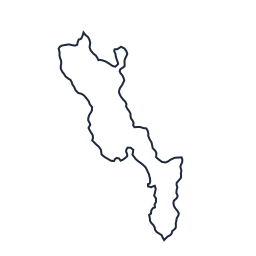 Engenheiro Caldas, Minas Gerais, Brazil, rotated 135°
{"feature_id": "56859067B22577605542088", "entity_name": "Engenheiro Caldas", "entity_type": "district", "adm_level": 2, "iso_a3": "BRA", "parent_name": "Brazil", "parent_adm1": "Minas Gerais", "projection": "equal_earth", "projection_center": [-42.021, -19.12], "detail": "fine", "context": "isolated", "style": "outline", "palette": "slate", "viewbox_px": 256, "rotation_deg": 135, "n_neighbors": 0, "source": "geoboundaries", "source_scale": "gbopen_adm2", "svg_char_len": 2944}
<svg xmlns="http://www.w3.org/2000/svg" viewBox="0 0 256 256"><g transform="rotate(135 128 128)"><path d="M110.9,69.3L112.6,70.9L114.2,72.3L116.2,74.0L118.3,74.8L120.6,75.6L123.2,76.0L125.9,77.2L127.9,79.9L128.5,83.5L128.8,87.4L127.2,88.9L125.6,90.2L124.8,92.8L124.8,96.3L123.1,98.8L121.6,101.1L120.8,104.4L119.3,108.0L117.2,110.1L116.0,112.2L115.4,114.8L117.4,117.4L118.5,119.8L120.1,121.6L122.9,124.0L122.4,126.4L120.5,127.6L119.5,130.1L119.1,132.7L117.6,134.9L116.1,136.4L115.3,139.1L114.8,142.1L114.1,144.6L112.2,146.0L111.3,148.5L111.3,152.0L110.8,155.1L110.1,157.6L109.0,159.8L107.3,161.0L105.4,161.9L103.3,162.3L101.4,162.7L99.3,163.4L97.0,164.3L95.6,166.8L94.8,169.2L94.6,171.9L93.7,174.1L92.0,174.9L90.3,174.7L88.5,174.3L86.7,174.1L84.8,176.0L82.9,178.1L81.1,179.0L79.4,179.6L76.1,180.9L74.7,183.7L74.3,186.6L75.4,190.3L77.1,190.7L79.8,191.3L81.9,193.1L83.5,191.9L84.5,189.2L86.0,187.3L87.4,184.7L88.6,182.1L89.6,180.3L91.6,180.2L93.7,180.4L95.1,183.0L95.9,187.4L96.9,191.2L98.1,193.6L99.5,195.8L100.9,196.9L100.1,199.3L99.5,201.9L99.9,205.1L99.5,209.3L98.2,212.1L96.4,213.6L94.5,214.9L92.8,217.8L92.0,220.5L92.3,223.9L91.9,227.0L94.0,225.8L96.3,224.8L98.4,224.3L100.3,225.4L102.8,224.3L105.1,222.8L107.2,223.7L108.7,225.8L110.6,228.8L112.7,230.4L114.7,231.8L116.4,233.0L118.3,233.6L120.8,233.3L122.9,229.9L125.0,227.9L126.5,225.7L127.7,222.9L129.5,220.9L131.5,219.5L133.5,217.6L134.7,214.4L135.0,211.6L135.7,208.6L135.3,205.4L134.7,202.6L135.3,200.4L136.4,198.4L137.1,195.0L138.3,192.0L138.5,188.1L136.7,185.0L136.1,182.0L136.3,178.8L136.9,174.6L138.2,171.9L138.6,168.4L140.7,166.2L142.9,165.3L145.5,164.8L147.2,164.1L148.9,163.2L150.7,161.6L151.4,159.2L152.3,157.0L155.8,156.0L156.8,153.2L157.5,150.4L158.0,148.0L159.7,145.8L162.1,144.5L162.1,138.8L161.9,135.2L162.5,131.9L164.0,129.8L165.4,128.0L165.1,124.2L164.2,120.8L163.2,116.9L161.3,114.5L159.4,115.2L157.3,114.9L155.9,112.9L156.3,110.1L154.1,109.2L151.3,108.8L148.4,108.6L147.0,110.3L146.1,112.6L144.4,113.9L142.2,114.4L140.1,112.2L139.7,108.8L141.8,107.2L143.7,106.0L144.1,103.4L144.5,100.4L144.3,97.2L143.8,94.7L143.4,91.3L143.4,87.8L144.2,85.1L145.0,83.1L145.9,80.5L147.1,78.6L148.2,76.6L150.1,74.5L152.0,73.4L153.6,74.2L155.1,72.6L153.5,69.7L151.6,69.1L149.9,68.2L151.5,65.3L153.8,63.8L155.4,62.8L157.3,61.7L158.1,58.3L160.6,55.9L163.3,55.1L165.1,52.8L167.2,53.8L170.0,53.1L172.3,51.2L174.6,51.6L176.3,48.8L178.1,46.7L178.7,44.0L178.7,41.4L179.5,38.8L180.7,37.1L181.3,34.4L180.6,31.2L180.0,28.5L180.9,26.1L181.7,23.2L179.4,23.3L176.4,23.2L174.1,22.4L171.8,22.5L169.6,23.8L166.5,23.5L164.6,23.8L163.2,25.1L161.8,26.7L159.7,28.0L157.3,29.8L154.6,30.4L152.4,31.7L151.6,34.7L151.4,37.4L150.8,40.0L149.0,42.8L147.1,44.1L144.8,44.0L142.5,44.0L140.8,45.1L139.7,47.9L137.6,49.7L135.1,51.1L133.9,53.4L132.4,54.8L129.8,55.0L125.9,55.3L124.3,56.6L122.7,58.5L120.3,60.2L118.3,63.7L116.0,64.7L113.7,65.6L111.9,67.3L110.9,69.3Z" fill="none" stroke="#1e293b" stroke-width="2"/></g></svg>